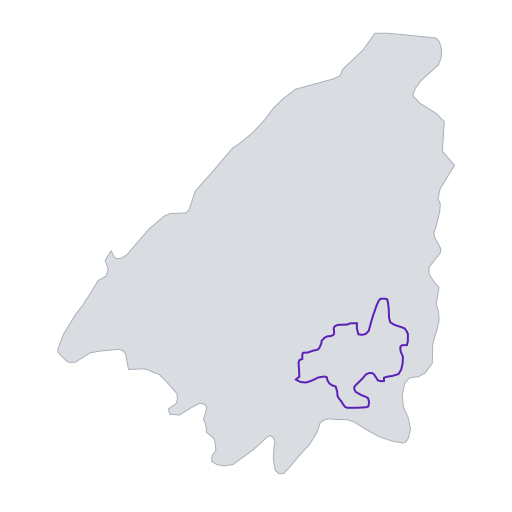 Tuzla on a map of Bosnia and Herzegovina (Equal Earth projection), rotated 88°
{"feature_id": "BIH-2887", "entity_name": "Tuzla", "entity_type": "Canton", "adm_level": 1, "iso_a3": "BIH", "parent_name": "Bosnia and Herzegovina", "parent_adm1": "", "projection": "equal_earth", "projection_center": [18.577, 44.534], "detail": "fine", "context": "in_parent", "style": "outline", "palette": "violet", "viewbox_px": 512, "rotation_deg": 88, "n_neighbors": 0, "source": "natural_earth", "source_scale": "10m", "svg_char_len": 3235}
<svg xmlns="http://www.w3.org/2000/svg" viewBox="0 0 512 512"><g transform="rotate(88 256 256)"><path d="M447.0,112.5L448.0,115.8L445.5,127.2L440.7,139.6L433.0,152.4L424.9,164.5L422.7,170.9L422.2,181.2L421.2,189.2L422.3,193.6L425.0,197.7L434.1,201.0L446.3,209.1L456.8,219.6L470.2,231.6L474.4,236.1L474.4,240.9L470.5,244.4L459.1,245.8L447.2,244.7L442.7,243.5L438.4,245.0L435.8,247.7L437.2,250.9L449.5,265.5L463.7,286.5L464.6,295.6L462.9,302.7L459.6,307.6L453.7,306.8L449.2,302.9L442.4,303.2L437.1,304.3L430.2,311.9L426.8,311.5L420.9,312.7L417.2,314.2L411.3,312.0L405.1,310.5L402.4,312.9L401.2,317.3L405.0,325.4L412.3,338.1L411.1,347.8L405.7,348.8L400.6,340.8L396.1,339.5L391.0,339.7L379.4,349.1L370.8,357.0L368.8,362.5L365.7,368.5L364.8,372.9L365.0,387.4L349.5,389.7L346.2,391.8L344.4,396.2L345.6,414.9L346.9,424.9L355.8,440.4L356.1,445.3L354.8,448.5L348.5,454.6L345.5,456.8L343.4,457.6L333.1,453.5L328.2,451.6L307.5,437.9L298.4,430.3L284.0,420.4L275.1,414.7L270.6,406.2L263.5,404.2L255.2,406.9L245.8,400.7L252.5,397.5L254.1,394.5L253.3,390.5L250.4,385.1L225.0,361.8L212.6,345.8L210.6,340.1L210.5,324.9L207.6,321.3L189.0,314.4L168.2,294.6L146.9,275.3L144.0,270.0L133.1,255.4L119.7,242.1L109.0,233.7L100.3,224.1L90.7,210.6L85.9,190.4L81.7,172.4L78.7,165.5L72.6,163.0L53.7,141.7L37.6,129.4L38.0,116.1L41.0,93.9L44.4,68.7L48.4,65.2L55.8,63.3L64.3,64.1L71.6,67.2L85.9,84.4L94.2,91.1L101.2,93.7L109.4,86.4L119.6,71.2L128.4,63.2L157.8,66.1L172.3,54.4L195.5,69.8L205.2,72.1L210.6,70.0L218.0,70.9L234.4,75.4L238.1,77.3L243.1,77.0L255.2,71.0L259.4,71.7L273.2,83.5L280.2,83.6L288.6,78.6L294.0,74.2L309.9,77.5L319.0,75.5L326.6,75.3L334.8,77.3L342.3,80.0L349.6,82.4L369.3,83.6L378.8,91.1L382.5,98.3L382.6,102.7L383.6,107.5L389.0,112.1L400.9,114.8L408.4,114.2L412.3,113.9L422.4,109.7L434.4,107.6L443.0,110.0L447.0,112.5Z" fill="#d9dde1" stroke="#a8b0b8" stroke-width="1"/><path d="M326.7,157.5L326.8,157.5L332.0,157.7L337.8,156.4L338.5,153.0L337.8,149.2L334.7,145.9L329.7,144.4L325.0,142.9L319.3,141.0L314.6,139.1L309.6,137.2L304.9,134.9L303.1,133.0L303.1,128.8L303.9,126.3L308.5,125.6L313.4,125.2L322.3,125.2L326.8,124.2L329.6,120.2L332.0,113.7L333.6,109.9L336.6,108.0L339.3,106.9L346.4,107.2L350.3,108.3L350.3,111.7L350.3,113.3L351.6,114.8L354.7,115.0L357.5,114.4L361.5,112.7L367.8,113.1L374.6,114.8L379.0,117.8L380.6,123.9L381.3,129.7L382.1,132.3L385.4,132.5L385.5,135.0L384.7,138.4L381.6,140.3L378.4,142.2L377.1,143.9L376.9,147.2L378.1,150.2L382.5,154.2L388.6,160.9L390.4,162.4L392.7,162.4L395.3,161.1L398.5,155.9L400.6,151.2L402.1,148.9L406.2,148.1L410.2,148.9L411.0,151.2L411.2,158.6L411.2,159.9L410.9,170.0L410.0,172.1L407.0,174.4L405.1,175.2L401.8,177.7L398.9,179.4L394.4,179.6L389.3,180.9L387.9,184.5L385.8,187.2L382.3,189.1L379.7,189.5L378.8,192.1L379.6,198.2L381.4,202.0L383.0,206.0L384.2,210.7L383.5,215.8L381.1,220.2L380.8,220.5L378.1,216.9L371.8,216.9L364.0,217.2L361.6,216.3L360.5,213.3L357.4,213.3L354.9,212.8L354.3,212.0L354.3,207.7L352.7,202.6L351.7,197.4L349.5,195.6L345.7,193.8L342.9,193.3L340.0,190.2L338.7,187.2L338.7,184.5L337.8,181.6L336.2,180.6L330.6,180.8L328.8,179.5L327.7,176.5L327.7,173.4L327.7,170.4L327.6,166.8L326.6,164.3L326.6,162.2L326.7,159.3L326.7,157.5Z" fill="none" stroke="#5b21b6" stroke-width="2"/></g></svg>